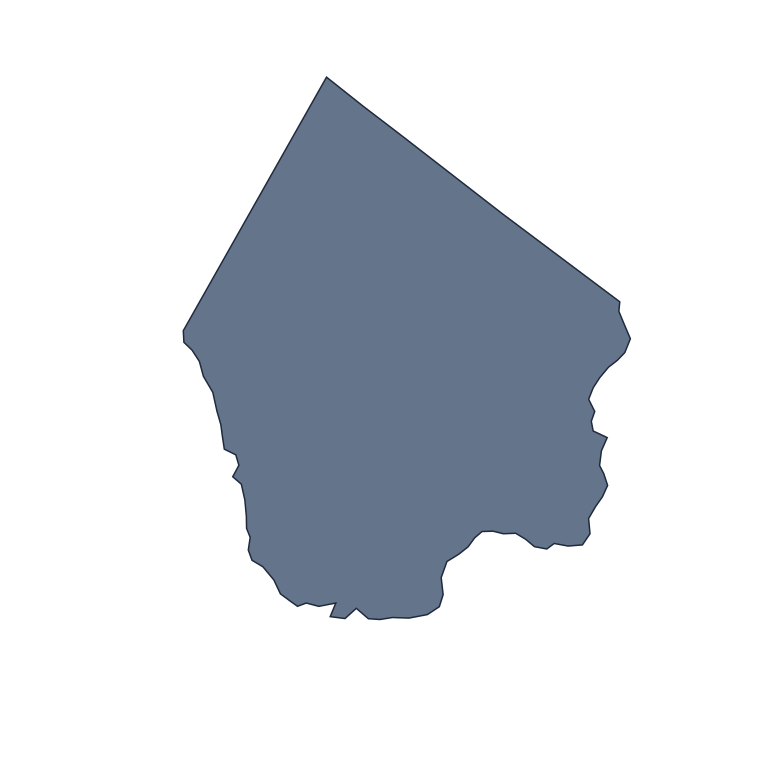 Damião, Paraíba, Brazil (Mercator projection), rotated 314°
{"feature_id": "56859067B20936689760116", "entity_name": "Damião", "entity_type": "district", "adm_level": 2, "iso_a3": "BRA", "parent_name": "Brazil", "parent_adm1": "Paraíba", "projection": "mercator", "projection_center": [-35.949, -6.643], "detail": "fine", "context": "isolated", "style": "filled", "palette": "slate", "viewbox_px": 768, "rotation_deg": 314, "n_neighbors": 0, "source": "geoboundaries", "source_scale": "gbopen_adm2", "svg_char_len": 1131}
<svg xmlns="http://www.w3.org/2000/svg" viewBox="0 0 768 768"><g transform="rotate(314 384 384)"><path d="M419.4,636.2L429.4,624.6L443.0,621.3L454.5,619.5L466.4,615.3L472.2,604.3L475.1,595.7L487.0,586.8L500.5,581.8L495.5,567.1L501.2,559.0L510.6,554.7L515.2,541.8L526.6,537.1L538.3,534.8L552.1,533.8L563.1,535.4L573.9,535.4L587.7,529.8L594.0,514.9L599.4,502.5L606.9,496.5L588.7,351.0L574.8,223.3L569.4,176.7L564.8,129.5L282.9,202.6L275.0,211.1L275.0,222.5L272.0,235.5L264.1,248.7L259.1,266.6L248.3,282.9L241.4,294.9L235.1,302.8L226.2,314.4L230.1,326.6L224.7,336.1L212.2,339.6L212.8,351.0L203.9,364.5L193.2,376.9L184.7,385.4L180.7,394.3L170.3,401.7L165.5,411.5L168.4,423.9L166.5,441.0L161.1,455.3L162.6,466.7L164.0,476.2L172.4,480.2L178.8,491.6L193.0,501.5L179.3,506.9L188.2,518.9L203.4,519.9L204.3,535.8L211.8,544.7L221.8,552.2L233.0,564.6L248.3,575.4L262.2,578.5L273.5,572.9L284.5,559.6L300.0,552.6L313.9,556.1L325.4,557.6L336.2,556.1L346.0,557.0L353.8,564.6L359.2,573.9L368.1,582.4L370.7,593.8L371.5,605.2L378.4,615.7L387.5,617.2L395.3,629.0L406.1,638.5L419.4,636.2Z" fill="#64748b" stroke="#1e293b" stroke-width="1.5"/></g></svg>